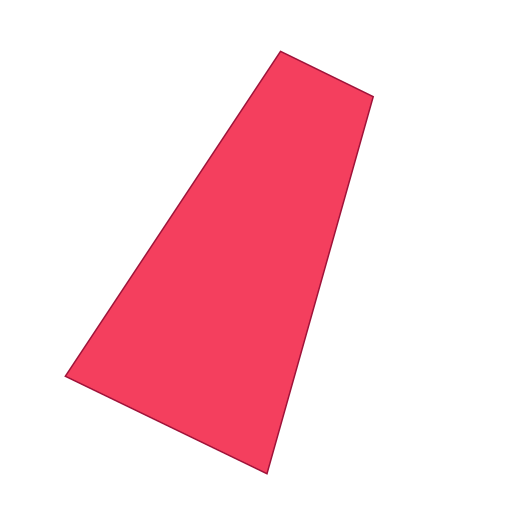 outline of Vlahita, Harghita, Romania, rotated 28°
{"feature_id": "2599482B68924224489535", "entity_name": "Vlahita", "entity_type": "district", "adm_level": 2, "iso_a3": "ROU", "parent_name": "Romania", "parent_adm1": "Harghita", "projection": "natural_earth1", "projection_center": [25.464, 46.352], "detail": "fine", "context": "isolated", "style": "filled", "palette": "rose", "viewbox_px": 512, "rotation_deg": 28, "n_neighbors": 0, "source": "geoboundaries", "source_scale": "gbopen_adm2", "svg_char_len": 228}
<svg xmlns="http://www.w3.org/2000/svg" viewBox="0 0 512 512"><g transform="rotate(28 256 256)"><path d="M367.9,443.1L284.7,60.3L181.6,63.8L144.1,451.7L367.9,443.1Z" fill="#f43f5e" stroke="#9f1239" stroke-width="1.5"/></g></svg>